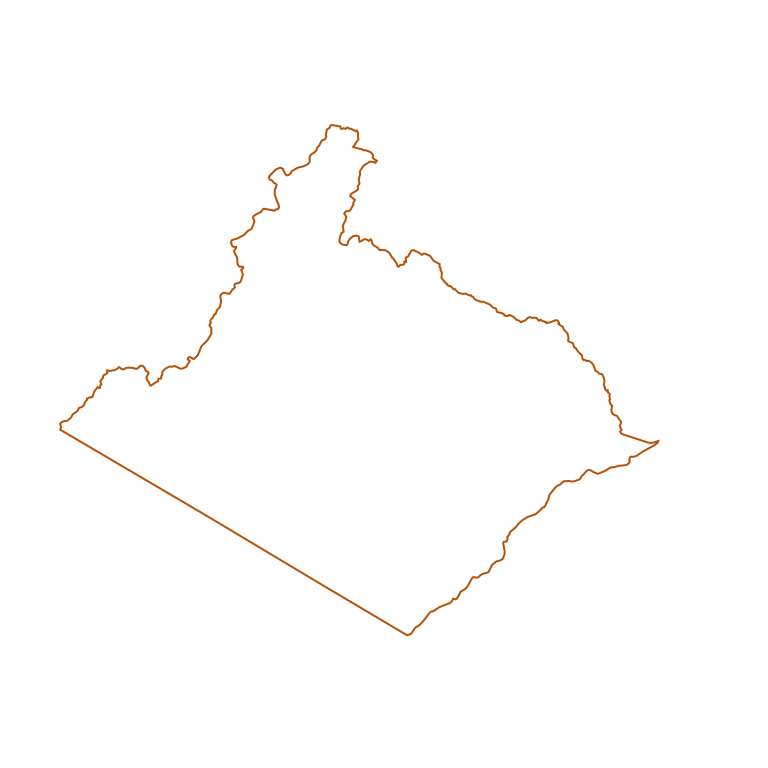 the district of Santana do Araguaia, Pará, Brazil, rotated 27°
{"feature_id": "56859067B41471676463759", "entity_name": "Santana do Araguaia", "entity_type": "district", "adm_level": 2, "iso_a3": "BRA", "parent_name": "Brazil", "parent_adm1": "Pará", "projection": "orthographic", "projection_center": [-50.681, -9.277], "detail": "fine", "context": "isolated", "style": "outline", "palette": "amber", "viewbox_px": 768, "rotation_deg": 27, "n_neighbors": 0, "source": "geoboundaries", "source_scale": "gbopen_adm2", "svg_char_len": 6165}
<svg xmlns="http://www.w3.org/2000/svg" viewBox="0 0 768 768"><g transform="rotate(27 384 384)"><path d="M123.2,543.7L123.0,547.5L120.4,552.4L120.5,555.4L119.0,559.6L118.3,560.6L115.3,562.8L113.8,565.1L113.5,566.3L115.9,569.2L116.2,571.7L288.2,582.1L415.8,590.8L518.6,597.4L521.6,594.3L522.5,586.8L525.0,582.9L526.4,578.4L528.7,566.3L529.5,565.2L530.7,564.6L534.7,557.6L542.4,548.9L543.0,547.6L543.1,543.9L545.5,543.4L546.2,542.4L546.7,538.7L546.5,534.5L549.2,530.2L550.3,526.9L550.7,516.6L551.2,515.6L555.0,514.2L555.8,513.3L556.8,510.2L558.7,507.7L561.0,505.9L562.5,504.1L562.5,495.9L564.6,491.2L567.9,488.2L569.2,485.8L568.7,480.9L567.5,478.3L562.4,471.7L562.4,470.2L564.8,468.6L564.4,465.9L563.3,464.5L564.0,461.0L563.4,459.1L566.5,451.5L567.4,447.0L569.1,442.6L572.2,437.5L578.3,431.0L580.7,424.9L580.9,423.0L582.9,420.4L582.8,412.2L581.9,408.8L582.0,406.0L583.8,397.7L584.8,395.7L586.7,393.5L587.5,390.7L588.7,388.8L593.1,386.3L595.6,385.7L597.8,384.2L600.9,381.0L601.8,379.7L601.9,376.1L602.6,374.7L604.0,369.3L605.0,367.9L607.9,366.9L610.6,367.4L615.4,366.9L620.0,361.6L623.9,355.4L626.2,354.1L630.9,349.9L635.6,347.1L637.3,345.2L638.2,343.6L638.3,342.0L637.8,340.7L636.8,340.1L636.5,337.5L637.5,336.3L639.1,335.7L641.4,333.8L645.4,326.5L652.5,316.2L654.5,312.1L654.2,310.3L650.7,313.8L648.3,315.5L646.0,316.3L618.6,320.6L616.1,319.4L616.5,317.0L615.4,316.5L613.0,313.6L612.9,311.1L612.2,310.0L606.1,306.7L602.2,307.1L599.9,305.9L598.2,303.6L597.1,299.8L594.9,299.2L592.1,296.1L592.4,295.0L590.6,292.9L589.9,290.7L588.7,290.0L587.3,289.8L586.0,287.9L585.1,289.0L583.0,287.9L582.4,286.6L581.3,286.3L580.4,285.1L579.1,281.3L577.0,278.6L574.9,276.9L573.7,276.2L570.9,277.1L568.7,276.2L567.2,276.4L565.9,275.8L561.8,271.9L559.4,270.8L555.7,270.4L554.6,271.4L552.1,271.3L551.1,272.0L549.6,271.6L547.3,268.5L543.3,267.4L540.0,266.0L539.1,265.1L536.7,264.9L534.0,262.0L528.8,262.2L528.0,261.0L527.8,259.5L524.6,255.7L519.7,253.9L517.3,251.9L512.1,251.4L512.4,250.3L510.2,248.7L509.0,248.8L507.6,249.5L504.3,253.3L501.1,256.0L500.3,255.2L499.3,255.7L497.9,255.5L496.9,256.0L494.1,255.7L493.3,257.3L489.7,255.9L485.0,258.2L483.6,258.0L482.0,260.1L481.2,262.9L478.7,265.6L478.2,266.8L475.5,266.3L472.7,266.7L469.0,265.3L465.5,265.4L464.1,265.8L463.6,266.9L462.6,267.7L460.2,268.3L459.5,267.4L456.9,267.3L452.1,268.5L449.3,265.9L446.5,266.4L442.4,265.2L435.0,265.6L433.0,266.8L427.9,267.4L425.4,266.9L423.5,265.8L422.2,266.1L421.0,265.5L419.7,266.4L416.0,266.4L412.6,268.2L408.7,268.9L403.9,267.3L403.0,267.9L399.0,266.6L397.7,267.1L395.3,266.9L394.4,266.0L393.1,266.1L387.0,263.3L384.9,258.3L382.6,257.0L381.8,254.9L380.2,254.4L379.2,251.9L372.4,251.8L366.8,248.9L361.7,249.3L360.2,249.7L359.2,251.7L355.9,251.2L350.6,251.3L349.2,251.5L348.1,252.5L347.6,253.9L348.0,255.6L347.5,257.2L347.7,258.5L347.4,259.7L346.3,260.9L346.2,262.1L348.1,265.1L346.6,265.8L347.5,266.9L347.4,268.1L346.8,269.2L344.5,270.4L343.8,272.8L342.6,273.0L340.9,271.2L335.8,268.1L334.6,268.1L329.0,264.6L324.4,264.2L323.2,264.9L320.7,265.6L319.6,266.7L315.8,265.3L311.8,265.2L309.7,264.2L307.8,261.8L306.4,261.2L306.0,262.6L305.2,263.5L304.1,263.1L301.8,263.4L300.4,264.2L298.9,267.0L297.7,268.3L294.4,264.0L291.5,264.5L289.1,266.8L287.8,270.1L287.3,273.2L288.0,276.2L287.5,277.5L283.5,278.6L281.1,278.3L279.8,277.5L278.5,274.8L277.5,269.1L278.9,266.6L275.5,261.7L275.3,257.9L275.6,256.4L275.1,255.4L274.9,252.8L273.1,251.1L271.6,250.6L271.1,249.6L272.0,247.2L274.2,245.9L275.0,244.2L275.3,237.9L274.5,237.1L274.5,233.2L268.4,231.9L268.4,229.6L272.2,223.3L272.4,222.1L271.0,220.0L271.1,216.5L268.6,213.2L267.4,207.6L265.9,205.7L266.6,199.0L269.9,193.2L271.0,191.9L273.6,191.4L274.5,190.7L276.0,190.7L276.3,188.4L271.7,187.9L270.8,187.0L270.8,185.9L270.0,185.0L269.2,184.3L266.5,183.5L261.9,184.0L259.7,185.1L258.5,184.8L249.0,186.9L248.8,185.8L249.4,184.7L249.4,182.2L250.2,177.7L248.7,175.8L247.0,172.1L244.8,170.6L244.0,171.7L242.9,171.4L240.7,171.8L239.4,171.4L236.8,172.3L235.5,171.9L234.5,172.5L234.1,174.0L231.5,174.6L230.8,175.8L229.5,176.0L228.2,174.4L220.3,176.8L219.1,177.6L219.1,180.9L218.0,182.3L217.8,184.0L219.2,188.7L220.2,189.6L220.4,192.3L219.7,193.6L218.6,194.4L218.0,195.9L218.0,201.0L217.3,203.8L217.7,206.6L216.6,209.9L215.1,211.9L214.4,215.0L216.9,219.8L216.4,222.7L213.0,227.1L209.2,230.1L205.7,235.4L205.1,236.8L205.1,239.2L203.9,241.3L202.5,242.3L201.2,242.1L197.4,239.4L196.3,238.1L193.4,238.4L190.8,241.1L189.9,242.8L187.5,250.6L187.7,251.8L188.6,253.3L189.7,253.8L192.2,253.5L194.1,254.7L196.8,254.8L198.1,255.5L198.7,260.9L200.6,264.8L205.8,269.8L208.6,271.9L210.3,274.4L210.2,275.9L208.1,278.1L207.5,279.4L197.9,282.1L196.9,282.8L196.1,286.8L192.5,291.6L191.6,293.8L191.6,295.0L194.9,298.1L195.6,305.8L193.0,309.8L191.7,314.6L187.3,320.9L183.2,324.8L183.1,326.1L184.1,328.3L186.3,330.0L188.4,329.9L189.9,329.1L190.5,330.2L189.9,332.9L190.3,334.1L195.8,338.2L199.4,344.0L201.8,345.1L205.1,343.6L205.9,344.5L204.9,347.0L208.7,350.6L209.8,357.8L208.9,359.8L205.9,362.1L205.8,363.8L207.3,365.7L206.0,369.1L205.6,373.4L203.4,374.6L200.4,375.1L199.3,375.9L198.2,378.2L198.2,379.6L198.7,380.7L201.4,384.6L202.9,389.9L201.6,393.7L202.2,398.2L201.2,399.2L201.5,401.5L200.5,405.7L200.7,407.2L202.0,408.1L201.6,410.5L202.5,411.7L204.8,412.5L207.4,417.7L206.8,425.3L204.2,433.2L205.0,442.0L204.5,444.5L203.5,447.7L202.5,448.3L199.0,448.0L198.0,448.8L197.6,450.1L197.9,451.1L200.5,451.8L200.0,458.5L197.9,461.2L195.8,462.8L189.3,463.0L187.3,464.9L185.1,465.7L182.3,469.4L181.1,472.9L181.2,474.3L182.3,476.7L182.0,478.0L182.8,480.4L180.7,481.7L181.4,484.2L180.4,485.2L177.3,490.9L176.1,491.5L174.3,489.6L170.7,487.7L169.7,486.5L169.2,485.5L169.4,481.2L168.6,480.4L165.8,480.5L163.7,478.5L161.4,477.5L160.1,477.5L158.5,478.6L157.6,481.3L156.6,482.9L152.7,483.8L149.3,485.2L147.0,486.7L145.4,489.1L143.9,489.8L140.3,489.2L139.4,491.6L137.9,493.7L133.5,497.1L132.3,497.1L131.0,497.8L132.6,499.9L130.4,503.4L130.1,504.8L130.8,506.0L129.9,510.5L132.3,512.5L131.9,514.0L132.7,516.3L131.6,517.1L130.2,516.7L129.3,522.4L130.1,527.9L129.4,528.8L128.2,529.1L126.0,531.8L126.5,533.2L125.7,536.3L126.3,539.1L125.3,541.6L123.2,543.7Z" fill="none" stroke="#b45309" stroke-width="2"/></g></svg>